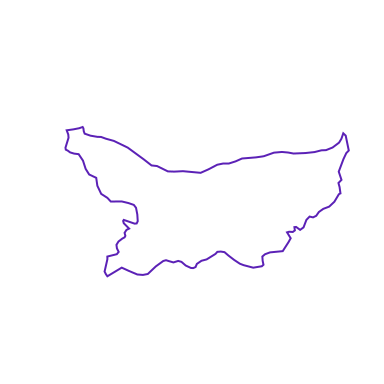 outline of Moldova, rotated 111°
{"feature_id": "MDA", "entity_name": "Moldova", "entity_type": "country or territory", "adm_level": 0, "iso_a3": "MDA", "parent_name": "Europe", "parent_adm1": "", "projection": "orthographic", "projection_center": [28.535, 46.964], "detail": "fine", "context": "isolated", "style": "outline", "palette": "violet", "viewbox_px": 384, "rotation_deg": 111, "n_neighbors": 0, "source": "natural_earth", "source_scale": "50m", "svg_char_len": 1908}
<svg xmlns="http://www.w3.org/2000/svg" viewBox="0 0 384 384"><g transform="rotate(111 192 192)"><path d="M83.0,71.8L84.3,68.7L97.1,60.5L100.4,61.9L107.0,62.4L120.4,62.3L127.1,56.8L131.1,58.5L134.5,56.0L140.1,52.9L140.8,53.6L141.5,54.1L150.1,55.6L156.5,58.7L160.7,63.4L165.2,66.4L169.7,67.5L172.3,69.9L172.8,73.4L177.0,75.2L185.1,75.2L188.6,77.5L187.3,82.3L188.1,83.8L191.0,82.2L193.2,83.6L194.3,87.1L195.6,88.8L199.8,83.3L204.1,83.9L214.7,86.1L220.4,97.5L223.9,101.5L227.0,103.2L230.9,101.4L234.3,99.2L236.3,100.2L240.7,107.7L241.8,117.6L241.8,121.6L240.3,128.3L238.2,135.4L236.5,140.1L237.3,143.8L238.8,146.9L241.4,147.9L249.7,154.2L252.8,158.5L257.4,161.7L260.8,161.8L262.6,163.6L263.3,165.8L262.9,171.5L261.0,176.8L261.3,180.2L264.4,184.1L264.8,188.8L265.0,191.8L266.7,194.1L274.4,199.1L284.4,203.9L287.0,208.1L288.6,213.5L288.3,222.6L287.8,230.5L301.0,240.8L299.6,242.9L297.6,245.1L285.1,246.9L282.6,247.9L277.0,239.9L274.2,239.0L271.5,241.9L268.4,243.6L264.6,242.9L260.5,240.4L258.5,238.7L256.8,238.5L254.3,240.3L250.9,239.6L248.7,237.6L245.6,244.5L243.7,245.9L242.5,245.7L242.1,234.2L241.2,232.4L238.7,232.2L232.6,235.0L226.8,238.6L224.9,241.7L225.1,247.4L226.0,254.2L230.0,264.4L227.8,268.9L226.3,276.1L220.1,282.6L213.1,286.5L212.5,294.3L208.5,299.6L201.8,305.0L197.3,311.4L198.4,315.8L198.7,320.0L197.9,322.8L197.7,325.0L196.0,326.0L185.6,326.7L182.7,328.1L179.3,331.1L176.1,325.3L172.9,320.2L170.5,317.4L171.5,316.2L174.1,314.8L176.0,313.1L175.8,307.0L174.4,300.0L173.2,296.7L173.1,291.4L172.3,283.2L173.6,267.9L178.8,248.8L181.7,239.3L180.3,234.0L181.4,221.9L179.3,215.8L175.8,207.9L171.0,190.8L165.0,184.8L157.5,178.2L154.3,173.2L152.2,167.8L147.8,162.3L142.8,157.3L136.8,144.8L133.7,139.2L132.8,137.7L125.9,129.6L122.4,122.4L120.7,116.4L119.7,111.0L115.0,100.1L110.8,91.9L106.7,86.1L104.9,81.9L100.1,76.7L93.2,72.4L88.8,71.6L83.0,71.8Z" fill="none" stroke="#5b21b6" stroke-width="2"/></g></svg>